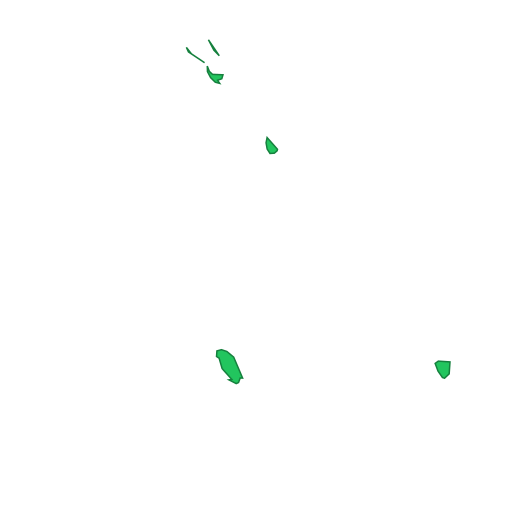 an SVG outline of Dependencias Federales, rotated 54°
{"feature_id": "VEN-44", "entity_name": "Dependencias Federales", "entity_type": "Federal Dependency", "adm_level": 1, "iso_a3": "VEN", "parent_name": "Venezuela", "parent_adm1": "", "projection": "orthographic", "projection_center": [-66.343, 11.477], "detail": "coarse", "context": "isolated", "style": "filled", "palette": "green", "viewbox_px": 512, "rotation_deg": 54, "n_neighbors": 0, "source": "natural_earth", "source_scale": "10m", "svg_char_len": 755}
<svg xmlns="http://www.w3.org/2000/svg" viewBox="0 0 512 512"><g transform="rotate(54 256 256)"><path d="M324.7,333.5L346.9,338.6L345.4,340.5L348.1,344.5L347.6,347.0L340.3,350.7L341.6,348.1L327.2,349.6L317.0,345.9L314.1,347.0L309.8,343.4L311.5,339.0L316.1,335.7L324.7,333.5ZM455.7,161.3L464.9,169.0L465.7,175.3L463.9,176.6L456.1,176.4L448.2,174.2L448.2,170.3L455.7,161.3ZM166.7,177.4L182.3,175.9L183.3,177.1L183.6,180.7L181.3,184.4L176.0,184.1L170.3,181.3L166.7,177.4ZM91.2,183.8L95.0,183.9L91.5,186.8L85.1,187.9L78.3,186.9L73.7,183.8L79.2,185.2L83.5,184.4L90.0,176.2L92.5,179.5L91.2,183.8ZM53.1,167.4L72.4,168.0L64.7,169.1L53.1,167.4ZM54.5,189.4L69.4,184.0L51.2,190.7L46.3,189.7L54.5,189.4Z" fill="#22c55e" stroke="#15803d" stroke-width="1.5"/></g></svg>